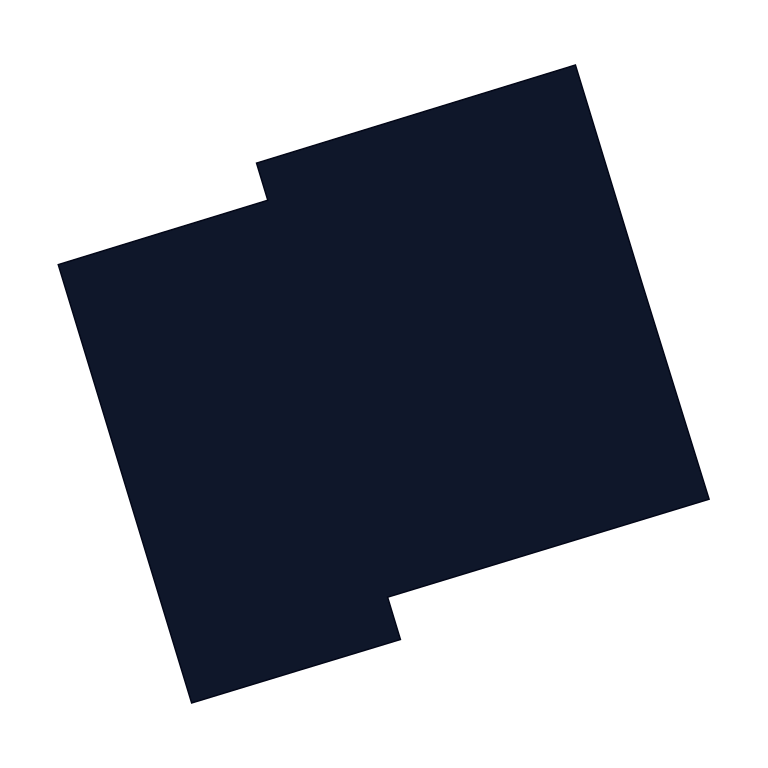 Webster, Iowa, United States of America, rotated 253°
{"feature_id": "52423323B53229348544328", "entity_name": "Webster", "entity_type": "district", "adm_level": 2, "iso_a3": "USA", "parent_name": "United States of America", "parent_adm1": "Iowa", "projection": "equal_earth", "projection_center": [-94.17, 42.427], "detail": "fine", "context": "isolated", "style": "filled", "palette": "ink", "viewbox_px": 768, "rotation_deg": 253, "n_neighbors": 0, "source": "geoboundaries", "source_scale": "gbopen_adm2", "svg_char_len": 327}
<svg xmlns="http://www.w3.org/2000/svg" viewBox="0 0 768 768"><g transform="rotate(253 384 384)"><path d="M405.8,660.2L586.1,660.3L633.1,660.3L632.5,326.7L593.7,326.6L593.6,217.3L593.4,107.4L135.2,106.8L135.1,216.4L134.9,325.0L179.1,325.1L178.8,661.2L405.8,660.2Z" fill="#0f172a" stroke="#020617" stroke-width="1.5"/></g></svg>